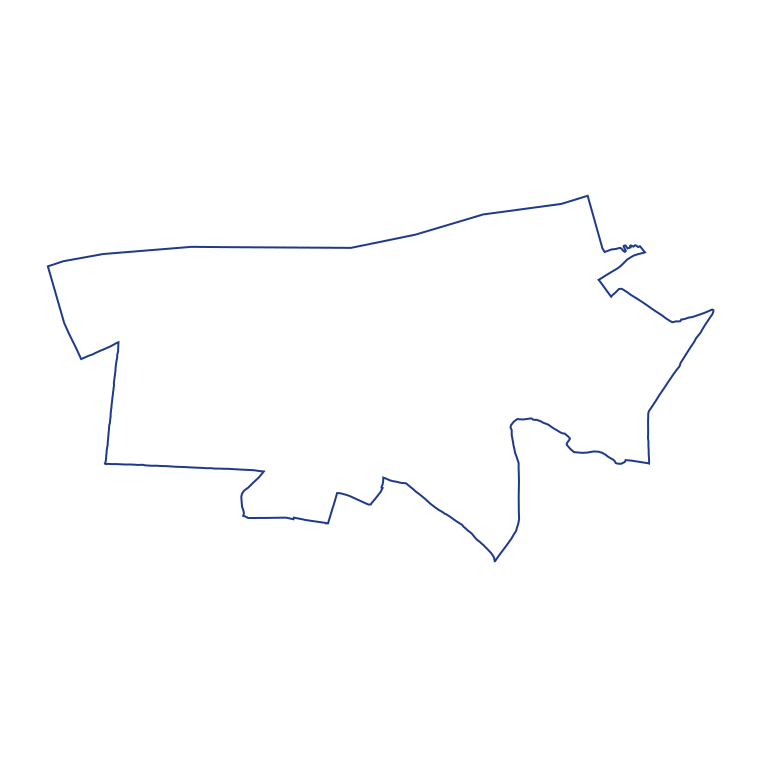 the district of Ipotesti, Olt, Romania, rotated 88°
{"feature_id": "2599482B17273556266895", "entity_name": "Ipotesti", "entity_type": "district", "adm_level": 2, "iso_a3": "ROU", "parent_name": "Romania", "parent_adm1": "Olt", "projection": "albers", "projection_center": [24.407, 44.32], "detail": "fine", "context": "isolated", "style": "outline", "palette": "blue", "viewbox_px": 768, "rotation_deg": 88, "n_neighbors": 0, "source": "geoboundaries", "source_scale": "gbopen_adm2", "svg_char_len": 6112}
<svg xmlns="http://www.w3.org/2000/svg" viewBox="0 0 768 768"><g transform="rotate(88 384 384)"><path d="M254.7,715.8L311.9,701.5L322.2,697.3L338.4,690.0L348.5,685.8L345.5,678.2L344.2,674.1L343.0,671.5L341.7,668.4L340.9,666.5L339.4,662.4L337.9,658.8L336.8,655.9L335.8,653.9L334.7,651.8L333.5,649.4L333.0,647.9L336.3,648.2L342.1,648.6L344.5,649.3L346.3,649.7L347.5,649.6L350.4,650.3L356.3,651.4L359.1,651.8L360.7,651.8L372.1,653.7L374.3,654.0L375.8,653.8L377.5,654.2L380.4,654.6L383.2,655.1L386.6,655.6L388.7,656.0L390.0,656.1L391.1,656.3L393.3,656.6L395.5,657.0L397.0,657.2L398.3,657.2L399.3,657.5L401.3,657.8L402.7,658.0L404.9,658.3L406.5,658.3L410.0,658.9L412.7,659.2L413.9,659.5L415.4,660.0L419.3,660.4L423.9,661.0L429.7,661.7L432.7,662.1L435.2,662.3L437.5,662.8L440.2,663.4L441.9,663.6L443.5,663.7L446.1,664.1L449.7,664.5L452.7,665.1L453.5,665.7L454.1,665.4L454.3,664.5L454.2,662.7L454.6,657.9L454.6,655.7L454.9,651.6L455.4,645.8L455.5,643.3L455.5,641.8L455.9,636.2L456.3,633.3L456.3,631.1L456.3,628.5L456.5,627.1L456.9,625.9L457.6,619.2L457.8,613.3L458.2,609.3L458.4,605.3L458.6,603.1L459.4,595.5L459.7,591.0L459.9,588.6L460.2,584.3L460.6,580.3L461.0,575.2L461.5,568.9L461.9,565.0L462.0,563.4L462.0,562.4L462.1,559.8L462.3,558.1L462.5,557.4L462.7,554.2L462.8,552.2L462.9,550.2L463.0,547.9L463.2,547.1L463.2,545.3L463.4,541.9L464.5,530.3L464.8,526.9L465.2,521.8L465.3,520.5L465.5,518.4L465.7,516.7L465.9,515.4L466.7,511.4L467.2,507.2L467.9,507.8L471.1,510.6L473.1,512.4L477.2,517.2L480.5,520.8L482.9,523.4L485.3,527.1L486.5,528.2L488.7,529.7L491.3,530.5L493.9,530.5L498.3,530.3L501.9,530.1L504.3,529.3L506.7,528.7L508.3,528.5L510.9,529.3L511.5,527.3L513.2,524.4L513.8,503.6L514.0,492.3L514.2,486.3L516.0,479.2L514.4,478.8L516.5,469.6L517.0,467.9L517.8,463.7L518.6,459.6L518.7,458.8L519.5,454.3L520.3,449.9L521.2,445.4L521.3,445.5L521.3,444.8L505.4,439.4L503.2,438.5L491.4,434.7L491.5,433.6L491.5,432.9L491.6,431.7L493.7,424.8L494.9,421.9L498.4,414.9L502.9,405.9L504.0,403.4L503.9,401.4L502.5,400.5L500.9,399.0L499.7,397.9L498.0,396.4L494.9,393.8L491.7,391.1L490.5,390.5L487.9,389.0L487.6,389.6L487.4,390.1L486.4,389.9L484.7,389.0L481.7,388.3L479.5,388.1L477.5,388.0L478.7,385.1L479.0,384.5L480.5,381.4L481.3,379.0L481.7,376.9L482.5,373.5L483.1,371.8L483.6,369.0L484.0,365.5L485.3,364.0L487.2,361.9L490.3,358.3L492.6,356.0L494.2,354.0L496.0,351.7L499.1,348.2L501.7,345.4L504.5,342.7L506.7,340.1L509.5,336.7L510.6,335.1L511.4,334.2L512.1,333.2L512.9,331.7L513.9,330.3L514.6,329.1L515.7,327.9L516.1,327.0L516.5,326.1L518.9,322.7L521.3,319.6L522.0,318.7L523.6,316.6L526.2,312.8L526.6,312.2L527.5,310.8L529.0,309.9L531.7,306.9L533.3,305.4L536.3,301.7L537.6,300.7L539.0,299.7L541.2,298.0L542.7,296.7L544.9,294.0L546.8,292.1L548.7,290.0L550.1,288.8L550.9,288.0L554.1,285.1L555.4,284.0L556.6,282.9L558.9,281.4L560.3,280.6L561.8,280.0L563.3,279.8L565.0,279.5L564.9,279.1L563.4,278.1L559.5,275.1L558.5,274.3L556.9,273.1L554.6,271.2L551.4,268.6L544.5,263.2L541.8,261.3L538.2,259.1L535.6,257.2L532.4,256.2L528.7,254.8L525.6,254.1L523.9,253.7L521.7,253.7L516.1,253.7L500.9,253.3L495.6,253.0L485.3,252.5L477.1,252.4L472.3,252.4L467.8,252.2L465.8,252.7L463.3,253.5L460.2,254.4L457.9,255.3L453.3,256.0L449.9,256.7L447.2,257.0L443.8,257.5L439.7,258.1L438.0,258.1L434.3,258.0L432.9,258.7L431.8,259.1L429.3,258.4L428.2,257.3L426.5,255.9L425.3,254.4L424.6,253.3L424.1,252.7L423.7,251.6L423.9,250.4L424.0,249.3L424.2,247.6L424.3,246.0L424.2,244.8L424.0,243.3L423.9,242.2L423.8,240.9L423.6,239.7L423.6,238.6L423.7,237.6L423.9,237.1L424.7,236.4L425.0,235.3L425.2,234.3L425.1,233.2L425.3,232.0L425.8,231.1L426.7,228.6L428.1,226.6L428.9,224.7L429.9,222.2L430.5,221.0L431.6,219.6L433.4,217.2L434.5,215.7L436.6,212.3L438.3,209.8L439.0,208.5L439.5,207.2L439.8,206.0L440.0,204.8L440.8,204.2L442.1,202.6L443.4,201.3L444.9,200.1L445.7,200.3L447.9,202.1L449.8,203.4L451.3,203.4L455.1,200.3L456.3,199.1L457.2,198.1L458.3,197.0L458.7,196.5L458.8,195.8L459.0,194.4L459.1,193.0L459.3,191.5L459.7,188.8L459.7,185.7L459.6,182.7L459.5,182.2L459.2,180.3L458.9,178.1L458.8,175.6L459.2,171.5L459.9,170.0L460.2,168.5L461.5,166.6L462.6,164.8L464.2,163.0L465.5,161.1L466.5,159.4L468.1,157.0L469.3,156.1L471.1,155.1L471.7,153.4L471.9,152.0L472.0,149.8L471.1,147.7L470.3,146.0L468.5,145.2L469.3,138.8L472.5,122.4L472.7,121.9L469.8,121.7L467.3,121.8L463.7,121.9L459.2,121.8L454.7,121.9L451.0,121.7L448.1,122.0L445.8,122.0L444.0,121.8L441.2,121.7L430.4,121.4L426.0,121.1L422.6,120.9L421.4,120.6L420.2,120.1L418.5,118.8L416.7,117.5L410.1,112.8L404.8,109.3L400.1,105.8L395.3,102.3L391.8,99.9L388.9,97.7L384.5,94.5L380.3,91.2L378.3,89.5L377.3,88.5L376.0,87.7L373.9,87.1L372.7,86.5L370.8,85.1L362.5,79.5L357.9,76.3L353.2,72.9L351.5,71.8L349.6,70.8L348.9,70.3L346.6,68.3L343.8,65.9L342.6,65.1L341.2,64.4L339.9,63.5L335.2,60.4L332.5,58.4L327.9,55.1L326.3,53.8L325.2,53.2L323.3,52.4L322.4,52.2L321.6,52.3L321.2,53.0L321.1,53.6L322.6,57.3L324.1,61.3L325.7,66.3L327.4,72.0L328.0,74.2L328.1,75.3L328.1,76.2L328.3,77.2L329.5,81.3L329.8,82.7L329.9,84.7L330.6,85.0L331.1,85.3L331.6,85.8L331.7,86.5L331.7,88.0L331.6,89.5L331.7,90.7L332.1,92.1L332.3,93.3L332.1,94.1L331.5,95.2L328.2,100.0L325.3,103.5L324.4,104.8L321.4,109.1L317.9,114.0L314.7,118.1L309.0,126.0L303.6,134.1L302.2,135.9L300.6,137.9L298.0,141.7L297.1,143.3L297.2,144.7L297.3,146.0L299.9,148.6L301.5,150.4L302.9,152.3L304.7,154.0L289.3,164.4L287.4,165.9L285.8,162.9L283.6,159.3L279.9,152.6L278.1,149.3L276.4,146.2L275.0,144.3L273.6,142.5L269.8,138.4L268.3,136.9L267.3,135.3L266.2,133.4L265.3,131.7L264.3,129.8L263.2,125.9L262.6,123.1L262.0,120.2L261.6,118.6L255.3,123.3L255.3,123.8L256.0,124.9L255.8,125.5L254.8,126.7L254.2,127.6L254.2,128.5L255.0,129.3L255.4,130.0L254.7,131.2L254.1,132.4L254.7,133.3L256.1,132.8L257.0,135.9L254.2,137.6L254.0,138.1L254.0,138.9L254.4,139.6L255.0,139.7L259.4,137.7L260.0,138.2L260.3,138.8L260.0,139.4L258.4,140.9L256.9,142.0L256.3,143.4L256.4,144.7L257.1,147.2L257.5,152.0L259.8,158.9L256.0,161.0L203.0,173.9L210.2,200.5L218.0,279.0L235.8,347.3L246.8,412.3L241.7,537.6L240.2,571.6L244.3,660.1L250.1,700.2L254.7,715.8Z" fill="none" stroke="#1e3a8a" stroke-width="2"/></g></svg>